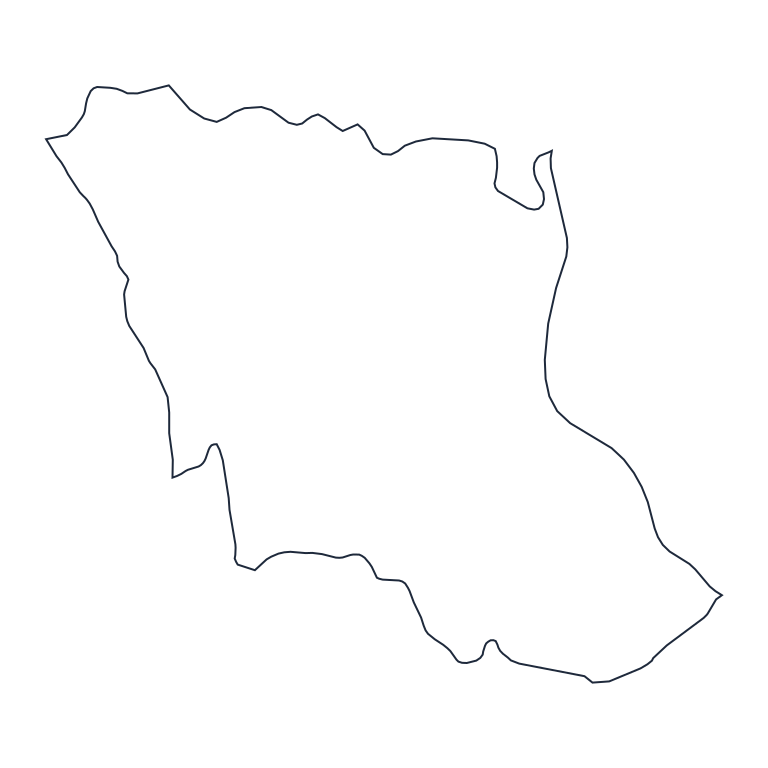 an SVG outline of Mukdahan
{"feature_id": "THA-473", "entity_name": "Mukdahan", "entity_type": "Province", "adm_level": 1, "iso_a3": "THA", "parent_name": "Thailand", "parent_adm1": "", "projection": "robinson", "projection_center": [104.5, 16.543], "detail": "fine", "context": "isolated", "style": "outline", "palette": "slate", "viewbox_px": 768, "rotation_deg": 0, "n_neighbors": 0, "source": "natural_earth", "source_scale": "10m", "svg_char_len": 2747}
<svg xmlns="http://www.w3.org/2000/svg" viewBox="0 0 768 768"><path d="M551.8,150.8L550.6,158.4L550.9,168.1L566.9,238.0L567.4,247.3L566.3,256.5L556.1,288.0L548.2,323.6L544.8,359.9L545.6,379.0L549.3,396.3L557.2,411.1L570.2,423.2L611.6,448.1L623.9,459.6L633.9,472.9L641.7,486.9L647.8,502.1L654.7,528.5L658.0,537.2L662.8,544.9L669.6,551.5L689.4,563.9L695.3,569.4L709.7,586.4L715.5,591.2L721.9,595.2L716.1,599.4L707.7,613.6L706.8,614.8L703.7,617.9L666.8,645.4L653.2,658.1L651.9,660.7L647.4,664.3L640.5,668.4L609.2,681.4L592.5,682.6L584.5,676.2L519.2,663.6L510.9,660.4L507.9,657.6L503.0,653.8L500.2,650.9L498.4,647.7L497.4,644.6L495.7,641.1L493.4,640.2L490.6,640.3L488.2,641.7L486.2,643.4L485.0,645.8L483.2,651.5L482.7,654.6L480.3,657.9L476.3,660.6L466.8,663.0L462.0,662.8L458.4,661.6L456.5,659.7L450.4,651.1L447.4,648.2L443.2,644.8L434.8,639.3L428.0,633.8L425.6,630.4L423.7,625.7L421.1,617.6L413.8,602.4L409.6,591.1L408.0,587.9L405.2,583.5L402.3,581.5L399.1,580.5L382.6,579.6L379.1,578.7L376.9,577.7L371.8,566.9L369.4,563.3L364.7,557.8L361.8,555.8L359.2,554.6L353.3,554.5L350.4,555.0L342.6,557.5L339.3,557.8L335.8,557.6L322.0,554.1L312.3,552.9L305.6,553.1L290.5,551.8L284.3,552.3L278.5,553.6L271.2,556.7L266.6,559.4L254.9,570.2L237.7,564.6L236.1,561.8L234.7,558.5L235.3,555.1L235.6,547.8L235.4,544.3L229.5,509.8L228.7,498.1L222.8,460.3L219.6,449.9L216.7,444.2L213.9,444.4L211.5,445.3L209.8,447.4L208.6,449.9L205.7,458.4L204.4,461.1L202.9,463.2L200.9,465.1L198.6,466.5L187.9,469.8L185.6,471.0L181.3,473.9L177.0,476.0L172.5,477.6L172.8,459.8L169.2,433.2L169.2,412.5L167.6,397.1L155.2,369.4L150.4,363.2L148.9,360.8L143.6,348.0L129.3,326.0L127.3,321.2L126.2,316.8L124.1,294.5L124.6,291.2L128.4,279.6L126.9,276.2L124.0,272.9L119.3,266.5L117.6,261.7L117.1,255.8L115.0,251.4L111.6,246.3L98.2,221.8L92.8,209.4L89.7,203.6L86.8,199.6L85.1,197.7L83.4,196.1L79.8,192.3L68.0,174.3L64.7,167.9L61.4,162.5L56.5,156.2L46.1,139.2L67.0,135.0L74.7,127.4L81.9,117.5L83.8,114.2L84.8,111.2L86.1,103.3L87.3,98.4L90.7,91.1L93.6,88.3L97.1,87.0L110.3,87.8L116.7,88.8L122.4,90.9L127.3,93.3L137.5,93.4L168.8,85.4L189.9,109.5L204.2,118.5L216.7,121.9L226.1,117.7L234.5,112.1L244.4,108.2L261.3,107.0L271.3,110.1L288.5,122.7L296.8,124.8L302.2,123.5L307.0,119.6L311.8,116.5L318.0,114.4L324.8,118.1L336.6,127.2L342.7,131.0L357.6,124.4L364.6,130.6L373.8,147.8L382.7,154.1L390.9,154.6L398.0,151.1L404.8,145.7L415.9,141.5L432.4,138.3L468.3,140.4L484.7,143.7L494.9,148.8L496.6,156.2L497.1,162.4L497.1,167.7L495.9,177.8L494.5,183.4L495.4,187.4L498.0,191.0L527.4,208.3L534.1,209.6L538.6,208.8L542.8,204.6L544.0,199.1L543.3,192.2L536.3,179.7L534.5,174.4L533.8,168.5L534.5,163.0L537.5,158.0L539.6,155.9L548.5,152.4L551.6,150.9L551.8,150.8Z" fill="none" stroke="#1e293b" stroke-width="2"/></svg>